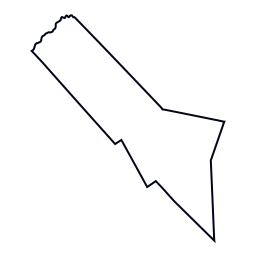 the district of Tres de Febrero, Buenos Aires, Argentina
{"feature_id": "61730980B88678124443771", "entity_name": "Tres de Febrero", "entity_type": "district", "adm_level": 2, "iso_a3": "ARG", "parent_name": "Argentina", "parent_adm1": "Buenos Aires", "projection": "equal_earth", "projection_center": [-58.607, -34.6], "detail": "fine", "context": "isolated", "style": "outline", "palette": "ink", "viewbox_px": 256, "rotation_deg": 0, "n_neighbors": 0, "source": "geoboundaries", "source_scale": "gbopen_adm2", "svg_char_len": 1175}
<svg xmlns="http://www.w3.org/2000/svg" viewBox="0 0 256 256"><path d="M214.3,240.6L214.2,239.8L212.5,199.4L210.8,160.5L210.8,160.4L214.3,150.4L223.7,123.2L224.3,121.7L224.0,121.7L217.2,120.2L215.0,119.8L204.7,117.7L163.2,109.4L162.5,109.5L161.6,108.1L160.5,106.8L159.9,106.2L118.6,62.9L95.7,39.0L75.2,17.9L74.5,17.2L73.3,17.2L72.3,16.1L71.9,15.4L70.5,15.4L69.9,16.0L69.5,16.5L68.7,17.2L68.1,16.9L67.7,16.2L66.7,15.5L66.2,15.7L65.4,16.8L65.2,17.4L64.8,18.0L63.3,17.7L62.2,17.0L61.6,17.2L61.1,18.1L60.9,18.9L60.5,20.3L59.5,21.0L59.0,21.4L57.8,22.1L56.9,22.5L55.9,23.6L55.7,24.8L55.7,25.5L55.7,26.8L55.2,28.4L54.4,29.1L53.7,29.6L53.1,30.4L53.0,30.8L52.3,31.7L51.0,32.3L50.1,32.4L48.4,32.3L47.9,32.6L47.4,33.0L45.9,33.5L45.2,34.1L44.9,34.7L44.3,35.2L43.9,35.5L43.0,35.9L42.3,36.4L41.6,38.0L41.3,39.1L41.2,40.1L41.1,40.8L40.4,41.8L39.5,42.2L38.8,42.5L38.1,43.0L37.5,43.2L36.7,43.1L36.0,43.8L35.2,44.6L34.7,46.3L34.6,47.0L34.2,48.0L33.7,49.3L33.2,49.9L32.6,50.3L31.7,50.9L42.7,62.7L78.2,102.7L115.1,144.0L121.4,140.0L147.2,187.0L155.8,181.1L163.4,189.1L168.6,195.0L172.4,199.2L174.3,201.3L175.3,202.3L207.3,233.8L214.3,240.6Z" fill="none" stroke="#020617" stroke-width="2"/></svg>